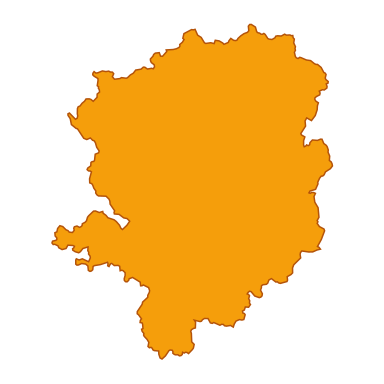 Teófilo Otoni, Minas Gerais, Brazil, rotated 179°
{"feature_id": "56859067B52692948196540", "entity_name": "Teófilo Otoni", "entity_type": "district", "adm_level": 2, "iso_a3": "BRA", "parent_name": "Brazil", "parent_adm1": "Minas Gerais", "projection": "albers", "projection_center": [-41.347, -17.686], "detail": "fine", "context": "isolated", "style": "filled", "palette": "amber", "viewbox_px": 384, "rotation_deg": 179, "n_neighbors": 0, "source": "geoboundaries", "source_scale": "gbopen_adm2", "svg_char_len": 5939}
<svg xmlns="http://www.w3.org/2000/svg" viewBox="0 0 384 384"><g transform="rotate(179 192 192)"><path d="M287.8,314.1L289.0,312.5L289.2,310.9L287.9,309.5L284.1,307.1L284.0,305.2L284.9,299.9L283.6,298.9L283.8,297.4L282.9,295.9L282.7,293.5L285.1,291.6L285.3,288.3L289.2,284.4L291.4,286.3L293.0,286.9L296.3,286.9L297.9,284.6L300.4,282.6L302.4,280.0L304.3,279.2L305.1,277.4L305.3,272.1L304.9,270.0L305.6,267.7L307.3,266.8L313.2,273.1L314.7,272.3L314.6,270.7L312.5,267.5L311.4,261.5L306.8,257.6L305.4,257.2L299.3,247.6L296.3,246.3L292.7,247.8L290.5,245.5L288.8,244.8L287.7,242.8L286.5,238.4L284.1,234.6L284.7,232.8L288.1,231.5L288.9,225.4L289.7,224.3L291.4,224.1L292.5,223.3L292.8,219.9L295.9,217.7L296.5,216.2L295.1,214.9L293.3,214.7L292.2,213.9L294.2,207.0L294.1,202.9L292.1,202.1L291.1,200.5L290.1,197.6L288.1,194.6L288.3,192.7L287.2,190.9L285.6,189.7L278.0,189.3L275.1,186.3L274.3,184.3L274.1,181.3L269.7,174.6L270.3,172.9L270.0,171.4L265.3,170.9L260.7,167.3L257.4,166.6L254.8,163.9L257.7,159.8L262.2,155.7L263.7,157.0L265.1,160.1L268.2,163.8L270.4,165.6L276.5,167.7L278.4,170.2L281.2,172.3L281.6,174.1L285.1,173.1L288.8,174.7L290.8,174.6L295.7,170.1L296.9,168.6L298.0,165.1L299.4,163.6L302.2,162.2L302.5,160.3L303.7,159.2L305.1,158.6L307.6,160.0L310.2,159.3L310.9,157.8L310.4,155.8L312.2,153.6L315.4,154.0L316.7,155.6L318.6,156.4L321.8,159.7L324.7,160.6L327.0,157.9L327.8,154.5L329.8,153.7L329.6,150.4L328.0,148.5L328.0,146.8L329.1,146.0L332.3,145.3L332.9,143.5L331.7,141.9L330.1,142.1L326.9,140.5L326.2,138.6L322.9,136.7L318.9,137.7L317.0,141.0L312.0,140.6L310.5,139.8L311.2,138.2L312.4,137.4L312.2,135.9L309.8,134.3L306.3,133.2L304.6,134.3L302.1,137.4L296.9,138.9L297.2,135.1L296.3,133.6L296.5,131.8L295.0,129.6L294.8,127.9L296.6,124.1L302.8,127.1L306.1,126.0L308.8,127.2L309.4,126.0L309.5,121.9L308.4,120.9L306.8,121.0L303.6,122.4L299.6,121.8L297.4,119.9L297.0,115.4L295.4,114.4L293.9,114.8L292.6,116.0L292.2,119.3L290.9,120.1L284.8,121.0L277.7,123.2L277.2,121.7L277.6,119.7L276.3,118.9L274.7,121.7L273.5,122.0L271.0,119.8L267.1,119.9L265.6,119.0L265.2,114.5L263.6,115.0L262.2,114.5L260.3,112.5L260.3,109.7L261.3,106.5L261.2,104.8L260.1,103.5L258.5,103.3L256.9,104.7L256.3,106.4L252.9,107.6L245.4,102.8L245.0,99.1L243.7,99.1L242.3,99.9L237.1,97.2L236.1,94.2L236.4,92.5L238.0,89.5L238.1,87.5L243.3,82.8L243.8,80.6L248.8,73.4L248.9,71.2L247.6,70.2L244.7,66.0L245.9,64.6L246.2,62.4L244.2,62.0L243.7,60.7L243.4,56.3L244.8,55.7L244.3,53.6L242.6,51.4L242.9,49.8L242.3,48.5L239.5,45.4L237.8,42.4L238.7,38.3L237.3,37.0L235.7,37.4L234.5,36.4L233.8,34.8L232.6,34.1L228.1,33.6L228.0,30.4L226.8,26.6L224.9,25.5L221.4,28.6L217.8,33.8L216.6,34.4L214.5,34.1L213.8,32.6L214.0,31.2L212.9,30.2L211.6,29.5L208.9,29.5L207.5,28.4L205.9,28.6L204.6,29.7L204.2,31.9L202.6,31.1L201.2,31.9L199.7,31.6L198.3,30.5L194.3,34.5L193.3,36.0L192.5,39.6L194.9,42.2L195.1,50.7L195.7,52.6L195.0,54.3L192.8,55.6L191.0,56.0L190.7,61.9L191.9,63.8L186.2,62.3L184.8,62.7L183.8,64.1L181.8,65.3L178.2,65.2L175.9,60.8L174.0,60.3L172.5,61.1L166.4,58.3L164.6,59.2L162.9,59.0L161.9,57.7L159.9,57.3L155.8,57.9L153.1,56.2L152.0,59.3L150.2,62.2L146.8,63.6L144.3,63.1L142.4,63.6L141.0,68.3L141.7,69.5L143.3,70.2L143.6,72.1L141.7,73.1L140.7,76.1L137.4,75.8L135.5,78.5L136.5,79.9L136.2,82.3L137.2,84.3L136.3,87.3L137.2,88.5L138.6,89.1L137.7,90.6L136.2,91.8L134.6,91.3L131.1,86.9L126.6,85.2L125.0,85.7L123.8,86.9L123.4,89.0L125.2,92.7L124.3,95.0L124.2,97.0L122.9,98.0L119.3,98.4L117.9,99.5L116.7,102.6L115.5,103.3L114.1,104.0L109.7,100.5L108.2,100.7L107.0,99.6L105.2,99.1L98.6,100.8L98.0,102.2L98.3,105.7L94.5,107.7L92.8,109.4L92.8,114.3L91.5,117.5L84.5,124.2L85.0,127.7L84.6,129.5L83.2,131.1L76.4,130.0L72.3,130.0L68.1,131.8L64.6,132.6L66.0,134.5L67.5,135.3L63.5,142.3L60.1,150.9L60.7,152.7L65.2,155.2L67.4,158.4L66.6,160.0L67.4,161.2L65.5,164.5L66.2,174.1L69.4,179.7L70.1,185.3L68.6,188.5L70.3,189.3L72.4,189.4L73.9,188.6L75.1,189.1L74.0,190.9L68.4,192.5L65.9,197.9L66.1,199.6L64.1,203.7L62.5,205.6L61.0,205.7L59.6,206.9L58.2,209.8L53.2,212.9L51.1,215.6L51.5,217.9L52.4,219.8L54.1,221.1L53.7,225.5L55.3,229.5L55.0,231.6L56.0,234.8L56.9,236.3L59.4,238.2L61.1,242.5L62.6,242.6L65.6,241.4L70.7,241.9L73.2,239.3L73.6,237.2L75.0,236.3L76.6,237.1L77.4,236.0L79.0,235.3L79.6,237.0L79.5,241.4L78.2,245.1L81.5,247.1L82.2,248.5L77.3,255.9L77.7,261.1L76.0,264.1L71.3,261.3L67.4,266.3L65.4,272.1L65.1,276.0L64.1,279.0L66.5,280.6L67.6,282.4L67.5,283.9L65.9,285.3L62.6,286.9L62.2,288.7L63.0,290.6L59.8,292.0L58.0,291.7L55.4,293.5L55.1,295.0L55.9,297.8L54.1,298.5L53.9,300.1L56.2,302.1L56.8,303.6L55.9,307.1L56.7,308.5L58.1,309.2L60.7,314.3L64.3,317.4L65.8,317.4L67.4,318.2L71.1,321.3L75.3,322.0L80.6,324.4L81.9,324.8L83.6,323.6L85.3,324.3L86.3,325.7L87.2,329.9L86.1,331.9L86.5,333.8L86.0,335.4L87.7,339.3L87.0,343.1L88.2,344.5L88.5,346.7L90.0,346.6L91.3,347.3L94.9,347.2L96.6,348.2L100.0,346.4L103.8,346.7L105.6,346.3L106.3,344.8L109.3,343.1L112.2,343.5L113.5,344.1L116.1,348.3L117.4,349.3L118.8,348.5L120.3,348.6L121.6,349.7L123.2,350.0L124.5,351.1L125.7,355.8L129.8,358.5L131.4,358.5L132.8,356.8L132.4,352.3L133.7,350.7L137.3,349.4L140.5,347.3L143.4,344.7L144.0,343.4L145.5,342.6L147.7,342.9L150.5,344.9L152.4,342.6L153.1,340.9L157.5,339.1L158.6,340.4L162.2,342.6L166.1,343.3L167.3,340.0L170.6,340.9L175.7,340.3L177.0,341.0L180.1,346.4L183.6,348.7L186.1,354.6L187.8,354.1L189.6,354.4L197.3,350.5L198.5,345.8L197.3,344.6L199.0,341.9L201.7,339.7L201.5,338.1L202.4,336.8L205.1,335.5L208.3,334.8L215.3,334.5L214.8,332.9L219.1,328.2L221.1,328.4L222.3,331.9L226.3,331.5L227.9,330.2L228.7,328.4L231.3,325.7L231.2,324.0L230.4,322.1L227.6,319.9L227.3,317.7L228.6,315.9L230.3,316.4L234.4,315.7L237.0,317.6L238.5,317.7L240.8,315.7L246.2,314.9L248.6,311.8L251.5,310.2L254.5,307.4L255.8,306.9L260.6,307.6L262.0,306.7L267.5,306.1L269.6,308.6L268.2,311.6L269.4,313.2L271.6,313.4L273.1,314.3L276.1,313.9L279.5,314.6L284.2,312.8L286.1,312.6L287.8,314.1Z" fill="#f59e0b" stroke="#b45309" stroke-width="1.5"/></g></svg>